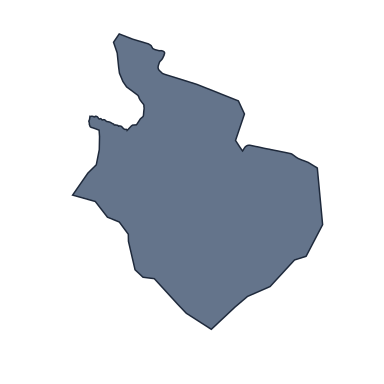 Bornuur, Töv, Mongolia (Mercator projection), rotated 114°
{"feature_id": "93677404B81102829752528", "entity_name": "Bornuur", "entity_type": "district", "adm_level": 2, "iso_a3": "MNG", "parent_name": "Mongolia", "parent_adm1": "Töv", "projection": "mercator", "projection_center": [106.158, 48.484], "detail": "fine", "context": "isolated", "style": "filled", "palette": "slate", "viewbox_px": 384, "rotation_deg": 114, "n_neighbors": 0, "source": "geoboundaries", "source_scale": "gbopen_adm2", "svg_char_len": 2645}
<svg xmlns="http://www.w3.org/2000/svg" viewBox="0 0 384 384"><g transform="rotate(114 192 192)"><path d="M305.1,147.9L309.6,118.5L279.8,106.0L264.8,98.8L246.6,82.2L212.4,70.7L204.3,61.6L168.7,59.4L119.1,87.3L117.7,98.0L117.8,99.8L117.9,102.4L118.1,104.4L118.2,108.7L117.8,111.3L117.2,113.9L116.7,116.4L116.8,117.4L117.4,120.3L118.0,123.1L119.0,127.5L119.6,130.4L120.4,133.7L120.8,135.6L121.2,137.2L121.4,138.5L121.8,140.0L122.1,141.2L122.7,143.8L123.3,146.9L124.0,150.4L124.5,152.3L124.9,154.3L125.5,157.1L125.7,158.0L126.1,159.0L126.7,160.0L127.1,160.4L127.8,161.0L129.1,161.7L130.5,162.0L131.8,162.2L132.7,162.3L133.3,162.3L134.0,162.5L131.3,166.9L127.2,173.2L99.4,175.8L89.9,186.7L91.7,231.4L95.6,264.7L95.7,267.2L95.3,268.4L94.9,269.4L94.7,269.9L94.5,270.7L94.1,271.6L93.5,272.6L92.2,273.6L90.7,274.1L88.1,274.4L86.0,274.5L84.8,274.0L83.0,273.4L81.4,273.2L80.0,273.2L78.6,273.1L77.8,273.4L77.0,273.3L75.9,273.7L75.3,274.5L75.1,275.8L75.3,277.4L76.3,279.5L77.0,283.9L76.9,286.3L76.2,287.1L75.7,287.9L75.0,288.7L74.7,289.7L74.4,292.1L76.5,308.3L77.2,322.8L87.1,324.6L95.4,316.9L107.8,309.8L113.0,306.6L119.2,300.0L122.6,294.5L125.3,282.4L125.7,280.7L126.6,279.5L127.9,278.3L129.1,276.7L129.6,275.8L130.6,274.0L131.7,271.8L132.6,271.0L133.5,270.7L134.9,269.8L138.1,268.8L141.8,267.5L143.0,267.4L146.1,268.9L152.4,269.9L153.3,270.2L154.2,271.9L155.0,273.4L156.2,274.2L162.1,276.3L161.7,276.6L161.6,277.1L161.5,277.7L161.8,278.1L162.0,278.4L162.2,279.1L162.0,280.0L161.8,280.6L161.5,281.5L161.1,282.3L160.8,283.1L160.8,283.9L161.1,284.9L161.2,285.4L161.4,285.6L161.7,285.7L161.8,285.9L161.6,286.2L161.4,286.6L161.3,287.0L161.5,287.7L161.7,288.5L161.7,289.0L162.1,289.3L162.3,289.8L162.4,290.3L161.9,291.0L161.8,291.3L161.8,291.9L161.9,292.6L161.8,293.3L161.7,293.9L161.6,295.0L161.7,296.2L162.0,297.5L162.2,298.2L162.3,298.9L162.1,299.5L161.8,300.3L161.6,301.2L161.8,302.0L162.0,302.4L162.5,302.9L162.7,303.5L162.5,304.0L162.2,304.7L162.1,305.2L162.3,305.6L162.6,305.8L162.9,306.1L163.0,306.8L162.5,307.7L162.0,308.6L161.8,309.1L161.8,309.7L161.8,310.3L162.0,310.9L162.4,311.3L162.9,311.3L163.1,311.8L163.2,312.4L163.2,313.2L163.5,314.3L164.2,315.4L164.4,316.0L165.0,315.7L165.9,315.6L167.0,315.2L167.7,315.1L168.4,315.1L169.0,315.1L169.4,315.0L169.9,314.5L170.5,314.1L171.4,313.5L172.0,313.3L172.6,312.7L173.1,312.3L173.6,311.7L173.9,311.2L173.9,309.8L173.7,308.7L173.6,307.3L173.5,306.0L173.3,302.0L179.0,299.0L191.1,293.9L206.1,290.5L217.0,294.8L243.4,299.8L240.0,276.5L249.4,259.0L249.0,246.2L256.5,233.0L262.9,230.0L286.2,212.4L289.8,202.1L286.5,191.2L300.4,159.3L305.1,147.9Z" fill="#64748b" stroke="#1e293b" stroke-width="1.5"/></g></svg>